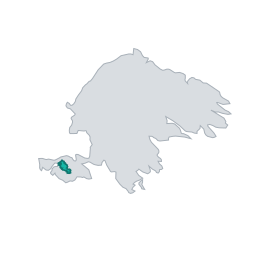 Letterkenny Lea-7, Donegal, Ireland shown in context, rotated 229°
{"feature_id": "5873133B45829912982707", "entity_name": "Letterkenny Lea-7", "entity_type": "district", "adm_level": 2, "iso_a3": "IRL", "parent_name": "Ireland", "parent_adm1": "Donegal", "projection": "orthographic", "projection_center": [-7.823, 54.956], "detail": "fine", "context": "in_parent", "style": "filled", "palette": "teal", "viewbox_px": 256, "rotation_deg": 229, "n_neighbors": 0, "source": "geoboundaries", "source_scale": "gbopen_adm2", "svg_char_len": 6270}
<svg xmlns="http://www.w3.org/2000/svg" viewBox="0 0 256 256"><g transform="rotate(229 128 128)"><path d="M156.6,47.7L152.3,50.9L151.6,52.0L150.4,56.8L150.3,58.1L147.5,63.4L146.0,64.5L143.7,65.3L142.3,66.2L140.7,65.8L138.6,65.8L137.5,66.8L137.6,67.5L138.2,68.3L142.1,70.8L141.9,71.8L140.8,72.9L133.7,75.7L131.7,77.4L130.9,78.6L131.7,80.5L137.3,86.2L138.2,86.8L139.0,90.1L144.0,91.5L146.1,93.5L147.8,94.0L151.6,93.8L153.2,94.6L154.0,94.0L154.5,92.9L158.8,88.8L157.4,85.8L161.7,80.7L162.8,80.7L164.9,82.3L166.6,84.4L167.1,87.3L168.7,89.9L169.8,90.8L172.5,91.3L173.2,92.3L172.7,96.1L173.2,97.4L180.2,97.1L182.9,95.4L185.4,95.7L186.6,97.3L187.2,99.1L185.1,99.8L182.9,99.5L181.9,100.6L181.8,102.9L182.6,105.7L184.1,107.7L185.4,112.2L186.5,117.3L188.1,120.3L188.5,124.1L188.3,125.9L188.7,129.3L188.1,130.5L188.6,133.6L191.5,143.7L192.2,151.6L191.0,154.5L189.3,157.4L188.2,160.8L187.5,164.4L187.1,170.2L183.4,177.1L181.9,178.8L180.0,179.9L184.2,184.5L180.9,186.7L177.3,187.5L173.2,186.4L170.7,186.5L167.6,189.1L166.8,188.6L165.3,184.7L164.2,188.8L161.9,190.1L157.9,189.8L151.3,191.0L148.7,192.1L147.7,193.9L146.9,196.0L145.8,197.2L144.7,197.9L139.5,199.4L138.5,200.0L136.1,203.4L132.9,205.3L130.3,205.9L128.0,203.9L127.1,202.7L126.0,202.1L122.5,202.2L123.6,202.8L124.3,204.2L124.7,206.8L124.2,209.4L122.5,210.7L120.4,210.9L117.0,213.6L112.7,214.3L110.3,216.7L95.7,220.6L94.9,220.6L92.9,219.5L90.7,219.0L88.6,219.3L82.4,221.5L79.5,220.9L83.4,215.2L88.5,212.4L89.0,211.7L87.4,211.2L77.8,213.0L74.4,214.6L71.1,215.0L72.7,212.4L77.1,208.9L80.9,206.7L82.5,204.6L87.1,202.3L72.5,206.9L68.7,206.1L67.8,204.7L64.8,205.2L63.8,201.8L68.4,196.9L71.0,194.8L74.1,193.7L77.0,192.1L78.1,190.1L76.8,189.4L68.1,189.6L63.9,189.0L64.2,187.4L65.1,185.6L69.5,182.6L71.8,182.2L73.9,182.6L77.5,184.5L82.4,184.1L80.4,182.0L80.2,177.9L78.6,176.5L80.7,174.7L83.0,173.6L86.9,169.9L88.2,169.3L95.7,168.5L103.8,166.7L111.9,164.0L107.8,162.3L105.9,160.2L102.6,164.4L100.4,165.9L93.9,166.7L91.9,166.1L89.1,164.8L88.2,165.2L87.3,166.2L83.0,168.2L78.6,168.5L83.9,164.9L90.6,158.7L92.1,156.7L94.2,153.2L93.6,151.6L92.3,150.7L97.2,143.6L98.9,142.3L101.9,142.1L104.1,141.0L105.1,141.0L106.0,140.6L108.0,138.5L105.0,137.0L101.9,136.3L92.4,136.8L91.1,136.6L90.0,135.9L89.2,135.0L88.7,132.5L88.0,131.9L85.9,131.9L83.7,132.5L82.3,132.4L80.8,131.3L83.2,128.9L80.3,128.2L77.2,128.6L74.7,127.7L74.7,126.2L75.9,124.6L74.5,123.1L74.2,121.2L75.8,120.3L77.5,120.7L81.1,119.4L85.6,118.8L81.8,117.3L80.3,116.1L80.3,114.3L80.6,112.8L85.2,110.3L89.9,109.2L89.6,107.5L90.0,105.6L85.2,105.0L80.5,106.2L81.1,102.6L82.3,99.4L82.6,97.3L82.4,95.0L80.2,95.9L80.0,92.7L79.1,90.5L75.8,91.9L76.0,89.0L77.0,87.0L78.7,86.2L80.4,86.6L83.6,86.7L86.6,85.3L91.0,85.0L97.9,85.6L102.6,90.0L103.9,89.3L105.8,86.6L106.7,86.3L113.9,87.6L118.4,89.2L119.6,88.7L119.0,85.7L117.4,83.6L119.4,80.9L121.8,79.1L123.3,78.2L127.0,77.0L128.5,76.0L129.6,72.5L131.3,69.5L122.2,71.0L113.7,67.4L115.1,65.0L116.9,63.6L120.0,62.6L120.4,61.3L121.9,60.3L124.6,57.5L123.6,53.8L124.2,51.2L126.1,49.5L126.7,47.0L127.5,45.1L131.3,44.5L134.9,42.8L140.5,42.6L141.9,43.3L141.6,40.2L144.2,39.8L145.3,40.4L145.7,42.6L146.9,43.9L147.3,46.3L146.5,48.2L145.2,49.6L146.4,51.0L144.5,53.6L146.6,52.5L149.5,49.9L149.3,47.9L148.8,45.2L148.0,42.9L148.3,40.2L150.0,38.6L154.3,37.8L152.5,34.8L154.0,34.5L155.8,35.1L158.3,37.4L163.6,40.6L161.1,43.5L157.9,45.5L156.6,47.7ZM79.6,103.7L79.4,105.1L77.4,103.3L76.4,101.4L70.7,100.3L73.1,98.5L74.3,99.1L78.3,99.3L79.4,100.2L79.6,103.7Z" fill="#d9dde1" stroke="#a8b0b8" stroke-width="1"/><path d="M133.7,52.6L133.6,52.8L133.4,53.0L133.2,53.2L132.9,53.4L132.8,53.5L132.5,53.7L132.5,53.8L132.4,53.9L132.3,54.0L132.3,53.9L132.3,54.0L132.2,54.2L132.1,54.3L132.2,54.7L132.2,54.8L132.2,55.0L131.9,55.2L132.0,55.3L132.1,55.5L132.6,55.4L132.6,55.5L132.8,55.4L133.0,55.8L133.2,56.0L133.3,56.2L133.4,56.3L133.5,56.3L133.8,56.4L133.8,56.5L133.9,56.4L134.1,56.6L134.1,56.8L134.1,57.0L134.3,57.1L134.5,57.1L135.0,57.0L135.3,56.9L135.4,56.7L135.5,56.5L135.6,56.4L135.6,56.2L135.8,56.0L135.9,55.9L136.1,55.9L136.3,55.7L136.5,55.6L136.9,55.5L137.0,55.5L137.3,55.5L137.5,55.6L137.8,55.5L137.8,55.4L138.0,55.3L137.9,55.4L137.9,55.6L137.9,55.9L138.0,56.0L138.1,55.9L138.1,56.0L138.1,56.4L138.3,56.7L138.4,56.8L138.4,57.0L138.5,57.0L138.8,57.1L139.0,57.1L139.3,57.2L139.4,57.3L139.6,57.3L139.6,57.5L139.8,57.8L140.0,57.7L140.4,57.5L140.6,57.6L140.8,57.5L141.0,57.5L141.4,57.4L141.5,57.4L141.6,57.2L141.7,57.3L141.8,57.1L142.3,57.1L142.6,57.4L142.7,57.5L143.1,57.2L143.1,57.3L143.1,57.5L143.3,57.4L143.5,57.2L143.6,57.4L143.8,57.3L143.9,57.2L144.1,57.4L144.3,57.4L144.4,57.7L144.7,57.8L144.8,57.6L145.0,57.5L145.3,57.4L145.6,57.4L145.8,57.3L146.0,57.1L146.6,57.2L146.8,57.1L147.0,57.1L147.1,56.9L146.9,56.7L146.9,56.3L146.9,56.2L146.8,55.9L146.8,55.7L146.6,55.6L146.6,55.4L146.6,55.2L146.8,55.0L146.9,54.9L146.9,54.7L147.0,54.4L146.9,54.3L146.6,54.5L146.5,54.4L146.5,54.1L146.6,53.9L146.8,53.5L146.8,53.4L147.0,53.2L147.1,52.9L147.2,52.7L146.9,52.5L147.1,52.2L146.9,52.0L146.6,52.3L146.4,52.4L146.1,52.6L146.1,52.8L145.9,53.0L145.9,53.3L145.8,53.5L145.7,53.5L145.4,54.0L145.1,54.1L145.0,54.3L145.2,54.6L145.1,54.8L145.1,54.7L145.1,54.4L145.0,54.2L145.3,54.0L145.4,53.9L145.5,53.8L145.3,53.7L145.2,53.7L145.0,53.9L144.9,53.9L144.8,54.0L144.5,53.7L144.6,53.4L144.6,53.2L144.9,52.9L145.0,52.7L145.0,52.4L145.3,52.3L145.6,52.0L145.6,51.9L145.4,51.7L145.4,51.4L144.9,51.6L144.7,51.7L144.5,51.9L144.4,51.9L144.4,52.0L144.1,52.0L143.8,52.0L143.5,52.2L143.4,52.1L143.2,51.7L143.1,51.3L142.9,51.3L142.8,51.2L142.6,50.9L142.4,50.9L142.4,51.0L142.2,51.1L142.1,51.3L142.1,51.5L141.8,51.6L141.7,51.6L141.5,51.4L141.4,51.3L141.3,51.1L141.2,51.1L140.9,51.2L140.8,51.3L140.7,51.5L140.6,51.8L140.5,51.6L140.4,51.5L140.5,51.4L140.4,51.3L140.3,51.0L140.0,51.2L140.0,51.3L139.9,51.2L139.6,51.2L139.4,51.2L139.1,51.2L139.0,51.3L138.9,51.4L138.8,51.5L138.7,51.9L138.5,52.1L138.4,52.1L138.1,52.2L137.9,52.2L137.7,52.3L137.2,52.7L137.0,52.8L136.8,53.1L136.7,53.0L136.5,53.3L136.4,53.4L136.5,53.4L136.4,53.4L136.2,53.4L136.2,53.5L136.1,53.4L136.1,53.5L135.9,53.6L135.7,53.7L135.4,53.6L135.2,53.6L135.0,53.4L134.9,53.5L134.9,53.4L134.8,53.2L134.7,53.3L134.8,53.3L134.7,53.2L134.2,53.0L134.1,52.9L133.9,52.8L133.8,52.7L133.7,52.6Z" fill="#14b8a6" stroke="#0f766e" stroke-width="1.5"/></g></svg>